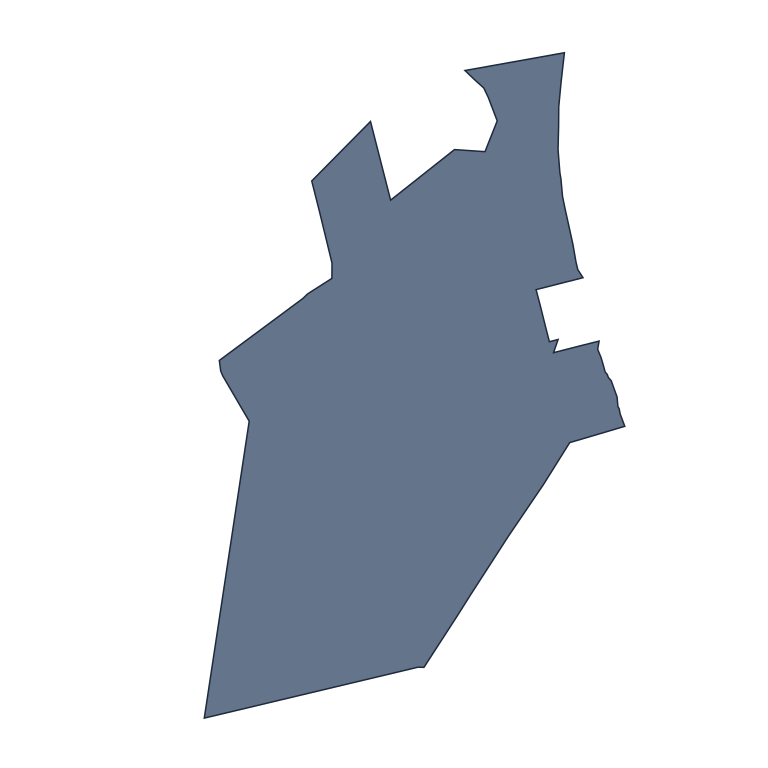 outline of Ouad Naga, Trarza, Mauritania, rotated 166°
{"feature_id": "47542326B19423449459947", "entity_name": "Ouad Naga", "entity_type": "district", "adm_level": 2, "iso_a3": "MRT", "parent_name": "Mauritania", "parent_adm1": "Trarza", "projection": "albers", "projection_center": [-15.755, 18.145], "detail": "fine", "context": "isolated", "style": "filled", "palette": "slate", "viewbox_px": 768, "rotation_deg": 166, "n_neighbors": 0, "source": "geoboundaries", "source_scale": "gbopen_adm2", "svg_char_len": 985}
<svg xmlns="http://www.w3.org/2000/svg" viewBox="0 0 768 768"><g transform="rotate(166 384 384)"><path d="M413.8,99.4L369.3,141.0L350.8,158.7L299.7,206.6L286.5,218.4L253.8,247.7L218.0,282.2L160.6,284.7L162.1,297.8L161.8,303.3L162.5,305.4L161.0,315.1L162.2,326.8L162.7,332.1L164.7,336.0L165.1,339.4L166.5,342.1L166.7,350.9L167.0,357.3L168.3,366.0L164.9,373.6L179.9,373.6L195.2,373.5L211.4,373.4L211.9,373.4L204.3,385.1L213.3,385.0L213.4,401.2L213.4,421.4L213.6,438.8L187.3,438.9L165.2,439.0L168.3,448.1L168.2,456.0L166.9,473.8L166.3,495.9L166.0,508.0L165.4,522.7L162.7,540.2L162.2,546.6L158.4,569.4L152.2,591.9L147.4,610.6L139.2,633.9L128.8,661.8L229.6,668.6L222.4,657.2L215.6,647.1L213.5,636.9L210.5,612.0L210.5,611.9L229.8,585.0L258.9,594.4L333.1,560.8L333.6,642.0L405.0,598.5L404.9,566.6L405.2,513.9L409.0,499.1L436.1,490.0L442.3,486.5L538.1,446.7L539.3,436.1L538.5,430.9L523.8,380.5L639.2,103.3L419.5,101.0L413.8,99.4Z" fill="#64748b" stroke="#1e293b" stroke-width="1.5"/></g></svg>